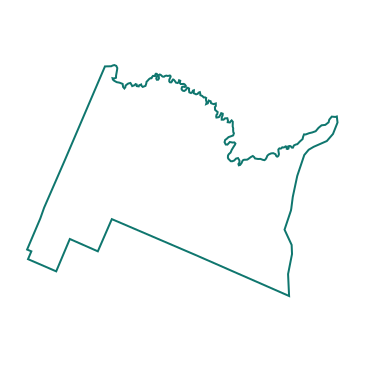 Gilliam, Oregon, United States of America, rotated 113°
{"feature_id": "52423323B16142622218163", "entity_name": "Gilliam", "entity_type": "district", "adm_level": 2, "iso_a3": "USA", "parent_name": "United States of America", "parent_adm1": "Oregon", "projection": "robinson", "projection_center": [-120.461, 45.439], "detail": "fine", "context": "isolated", "style": "outline", "palette": "teal", "viewbox_px": 384, "rotation_deg": 113, "n_neighbors": 0, "source": "geoboundaries", "source_scale": "gbopen_adm2", "svg_char_len": 3711}
<svg xmlns="http://www.w3.org/2000/svg" viewBox="0 0 384 384"><g transform="rotate(113 192 192)"><path d="M110.4,321.2L213.1,321.5L264.3,322.0L275.6,321.3L309.4,321.3L309.4,316.7L317.9,316.7L318.1,286.0L283.0,286.1L283.4,255.5L248.3,255.2L248.6,164.7L249.8,62.0L249.4,62.2L230.0,71.5L210.0,75.7L201.8,79.6L190.5,92.1L170.4,93.7L168.6,94.1L157.2,97.3L136.1,101.4L114.1,103.1L107.5,101.1L102.9,97.7L92.4,87.8L83.5,84.9L71.2,85.2L65.9,88.2L66.9,89.4L67.2,90.3L68.0,92.8L71.7,93.9L74.5,93.5L78.1,95.5L80.0,98.8L83.5,100.6L87.7,101.9L90.2,104.6L92.2,107.3L94.6,109.8L95.2,111.4L97.8,111.3L100.1,110.9L103.5,112.5L106.8,113.7L107.3,114.5L107.7,114.9L108.6,115.8L109.4,116.4L110.9,116.4L111.8,116.5L112.1,117.5L111.7,118.2L111.3,119.2L111.5,120.1L112.1,120.9L112.7,120.5L114.4,120.2L115.1,120.9L115.2,121.7L114.1,122.3L113.3,122.6L113.5,123.8L114.2,124.0L115.2,125.0L115.6,126.4L116.9,126.8L117.5,127.6L117.7,128.6L119.1,129.1L120.6,128.4L123.1,126.8L124.8,126.6L126.0,127.1L126.2,127.5L125.8,128.7L124.6,129.9L124.5,132.3L125.5,134.2L127.4,136.0L129.1,136.8L131.4,136.8L133.3,137.1L134.4,137.8L134.7,139.3L134.8,142.0L135.8,144.1L136.5,147.1L135.6,148.4L135.1,150.1L136.7,151.4L138.2,152.3L139.6,153.1L140.6,153.8L141.3,155.2L142.0,156.7L142.9,157.5L143.9,157.7L146.0,157.7L148.3,158.3L149.1,159.3L148.1,160.2L146.9,159.9L144.9,160.3L144.0,161.2L142.8,162.9L144.0,164.5L144.8,164.8L146.6,165.5L148.0,167.0L148.5,168.4L148.0,169.6L147.5,170.8L147.2,171.5L146.5,172.3L145.0,172.9L144.3,173.1L142.8,172.9L140.6,171.9L137.7,171.9L134.3,171.4L131.5,170.9L130.4,171.0L129.8,172.4L130.6,173.9L131.2,176.7L134.5,177.9L135.1,179.5L133.4,181.5L131.1,181.8L129.6,180.9L127.2,179.8L125.0,177.4L123.8,176.2L121.5,176.4L120.7,177.4L118.6,178.5L117.4,178.9L115.7,180.2L111.4,181.9L110.6,183.5L111.7,184.0L113.2,184.3L113.8,186.4L112.2,186.8L110.3,188.3L111.3,190.4L113.1,191.2L113.8,192.9L111.9,193.7L109.2,193.8L107.9,194.3L108.0,195.9L108.9,195.9L112.2,196.3L113.1,197.2L113.9,198.6L113.1,199.2L111.5,199.6L110.6,199.2L108.4,199.6L107.9,201.2L107.3,202.9L104.9,204.1L103.5,203.7L101.2,204.7L102.7,206.5L102.8,209.1L101.2,210.3L101.3,212.3L102.3,212.1L104.2,212.1L105.5,213.3L103.5,213.6L102.4,214.7L101.2,215.4L99.9,215.7L99.8,217.1L100.4,218.1L99.6,220.1L99.6,222.1L98.0,223.0L97.0,223.8L98.0,224.8L99.4,225.1L100.5,226.4L100.4,228.1L100.4,229.0L99.2,229.6L98.2,229.7L97.6,230.0L98.4,230.8L99.5,230.6L101.3,231.6L101.3,233.4L99.2,234.7L97.9,235.1L97.7,236.6L98.8,237.2L100.7,237.7L102.1,238.7L102.3,240.2L101.7,241.5L100.6,242.1L99.1,242.1L98.4,241.2L98.3,240.1L97.5,238.9L96.8,239.1L95.9,240.5L95.7,241.8L96.6,243.6L97.0,244.6L96.4,245.9L95.5,246.0L94.2,246.3L94.2,247.5L96.1,247.2L97.3,247.8L97.6,249.5L96.7,250.8L95.8,252.6L95.8,253.4L97.0,253.8L98.1,253.6L99.3,254.1L99.6,255.3L99.0,256.2L97.4,256.8L94.7,256.7L93.8,256.9L93.4,257.9L94.0,258.6L94.7,259.8L94.9,261.1L95.8,262.2L96.8,262.8L97.2,263.8L97.1,264.8L96.5,266.2L96.4,267.5L97.0,268.1L98.2,268.3L98.7,267.7L100.4,266.8L101.8,267.0L102.4,268.2L101.6,269.2L100.0,269.5L99.1,269.2L97.6,269.7L97.0,270.6L97.2,271.4L98.1,271.7L98.6,271.5L99.7,271.5L100.0,272.2L100.4,273.3L101.8,273.7L102.6,273.6L103.3,274.0L103.4,274.7L104.8,275.6L106.8,276.3L108.4,276.9L109.9,276.5L112.5,276.3L114.5,278.4L113.9,280.1L112.9,280.8L114.4,282.3L115.6,282.3L116.1,284.2L114.7,284.9L114.7,286.1L116.1,286.6L117.9,288.4L116.9,289.6L115.7,291.3L117.1,293.1L118.4,293.9L119.9,294.7L121.6,294.3L123.1,294.7L122.2,296.5L119.6,298.1L119.7,301.5L120.3,304.2L120.0,307.1L119.4,308.8L118.3,309.6L118.0,308.1L116.5,306.6L114.5,307.4L111.4,308.1L108.8,308.7L107.1,309.2L105.5,311.0L105.5,313.1L106.6,314.5L107.9,315.6L108.0,315.9L110.4,321.2Z" fill="none" stroke="#0f766e" stroke-width="2"/></g></svg>